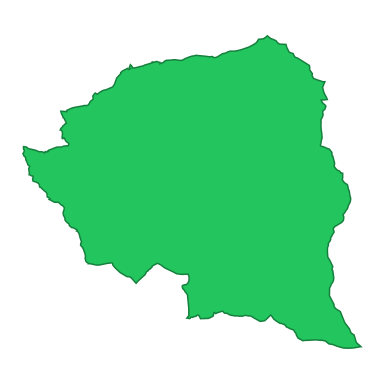 outline of Tigveni, Arges, Romania
{"feature_id": "2599482B38014929426493", "entity_name": "Tigveni", "entity_type": "district", "adm_level": 2, "iso_a3": "ROU", "parent_name": "Romania", "parent_adm1": "Arges", "projection": "natural_earth1", "projection_center": [24.538, 45.154], "detail": "fine", "context": "isolated", "style": "filled", "palette": "green", "viewbox_px": 384, "rotation_deg": 0, "n_neighbors": 0, "source": "geoboundaries", "source_scale": "gbopen_adm2", "svg_char_len": 5853}
<svg xmlns="http://www.w3.org/2000/svg" viewBox="0 0 384 384"><path d="M361.0,346.7L356.3,342.5L354.1,335.0L351.0,332.9L349.5,328.9L344.7,322.6L340.3,311.6L335.9,308.8L334.0,306.6L334.0,304.4L329.4,295.7L329.6,287.9L330.7,286.0L331.2,284.2L332.5,282.6L333.3,280.9L333.8,278.1L332.8,270.7L332.1,270.2L332.1,268.8L332.8,266.6L329.5,259.7L327.8,257.2L327.4,251.5L327.5,247.8L328.4,245.3L328.4,243.1L329.9,241.3L330.7,239.3L330.8,237.3L331.9,236.1L332.2,235.0L334.0,232.3L334.0,231.2L333.2,229.2L333.6,228.0L334.9,226.5L341.6,222.5L343.3,220.5L343.6,219.3L343.8,217.0L343.1,214.6L344.5,213.0L346.3,210.1L347.2,209.0L347.8,207.6L348.6,204.9L349.5,203.6L350.3,201.6L350.7,199.0L350.4,197.0L349.9,195.6L349.3,191.2L348.3,188.9L347.6,185.2L347.2,184.5L344.5,182.8L343.6,181.5L342.4,180.2L342.4,179.4L342.7,177.7L342.7,173.3L341.6,172.9L340.7,172.9L339.9,171.4L339.2,170.9L337.8,170.4L336.4,169.4L336.1,168.9L334.2,166.6L334.6,163.1L332.7,155.9L332.0,155.6L331.9,152.4L329.3,149.1L327.7,148.6L323.5,146.8L321.8,146.4L320.5,145.9L320.4,145.1L320.8,144.0L321.3,140.7L322.1,137.7L321.7,132.7L321.2,130.2L320.9,124.5L321.1,122.4L321.0,119.8L322.4,116.9L323.1,115.1L322.7,112.0L323.0,111.1L323.4,110.4L323.9,110.0L324.7,109.6L325.9,106.4L325.3,105.2L322.7,103.0L322.1,102.0L321.6,101.5L321.2,100.0L324.4,99.9L327.3,99.5L326.2,96.9L324.8,94.5L323.7,91.9L322.6,87.5L323.0,86.3L324.9,81.7L323.1,81.8L316.7,79.7L313.5,78.4L312.1,75.6L312.1,74.9L312.4,73.8L312.2,73.4L309.7,69.9L309.7,67.1L309.4,65.5L297.5,58.0L295.2,57.3L294.4,56.3L293.1,53.5L290.6,52.8L289.1,52.0L286.7,47.3L286.0,44.4L279.6,44.1L277.5,42.7L275.9,40.6L270.4,38.3L267.3,35.8L265.9,37.1L263.4,38.8L258.5,39.3L257.4,41.3L256.1,42.9L253.9,44.4L248.8,47.1L240.6,49.9L235.8,51.0L232.7,51.2L230.3,51.1L227.3,52.1L226.2,52.9L222.5,53.7L217.3,56.9L215.0,57.7L213.4,57.3L212.3,56.5L209.7,56.8L205.0,56.2L195.6,55.3L194.6,55.8L192.0,56.1L188.1,57.4L186.8,58.0L185.4,58.4L184.4,59.1L182.4,60.1L182.4,60.3L179.7,60.4L178.3,60.1L173.8,59.7L170.9,60.1L166.5,60.3L164.9,61.0L162.9,62.8L160.8,63.1L160.0,63.7L159.8,62.3L158.7,62.3L156.9,61.4L153.2,62.4L152.9,61.9L151.9,62.2L152.0,62.9L144.3,65.2L143.3,65.9L140.3,66.5L135.8,67.7L133.1,68.0L132.6,67.9L132.2,67.2L132.2,66.6L130.4,64.7L129.2,67.8L130.3,68.8L128.5,69.5L127.5,68.4L122.3,71.1L120.7,72.6L120.6,73.8L116.8,77.9L114.4,84.4L112.6,87.0L106.1,89.7L103.6,90.3L102.0,90.9L99.5,92.5L97.3,94.3L95.3,93.0L93.7,94.7L92.9,96.0L92.8,96.5L93.2,98.2L93.0,99.0L92.5,99.7L91.6,100.5L90.9,100.9L90.3,101.5L88.9,104.1L87.9,105.2L87.1,105.5L84.5,105.5L81.7,106.1L74.9,107.3L71.8,108.1L66.9,110.3L66.8,111.6L60.8,111.2L61.5,113.7L62.7,116.1L63.1,117.5L63.4,117.9L64.3,118.5L64.6,119.4L65.6,121.4L66.4,123.2L65.3,123.8L64.1,125.0L62.9,125.9L62.1,127.4L61.0,128.2L60.2,130.0L60.9,130.1L61.6,130.6L62.0,131.2L62.3,132.1L62.5,133.7L62.1,137.3L62.2,138.3L62.6,138.7L62.9,138.7L63.5,137.9L64.1,137.9L64.7,138.6L65.2,140.0L65.9,141.1L67.0,142.2L68.7,143.3L68.8,143.5L68.6,144.7L68.1,145.9L66.8,145.8L63.7,146.1L63.1,146.3L62.1,146.9L61.6,147.0L56.8,147.1L48.5,150.3L47.8,150.9L47.8,151.1L48.2,151.4L47.9,151.7L46.3,151.9L45.8,151.6L45.3,151.5L45.0,151.9L44.8,152.7L44.6,153.0L43.7,152.4L42.1,151.8L39.1,151.7L35.4,150.2L28.7,148.7L28.2,148.5L27.1,147.5L26.2,147.0L25.2,146.8L23.5,146.6L23.5,149.0L24.2,150.1L24.3,150.7L23.8,152.4L23.0,153.4L23.0,153.9L24.2,156.3L25.2,157.0L25.5,157.5L25.9,160.1L26.9,161.9L27.9,164.8L29.7,166.3L28.7,168.6L29.2,172.1L29.3,173.2L29.1,174.8L29.9,174.9L31.8,176.0L33.0,176.1L33.2,176.8L33.0,177.3L33.0,178.1L32.6,178.5L32.8,180.1L33.1,181.2L36.2,182.1L38.5,183.4L39.3,184.7L39.6,186.9L39.9,186.8L41.0,187.7L43.7,190.3L46.3,192.4L46.8,193.3L47.1,194.7L47.2,196.9L49.4,198.2L50.0,198.7L49.1,199.5L50.8,200.2L54.0,202.1L54.9,202.3L58.1,202.3L58.9,202.7L61.4,205.1L62.9,205.8L63.2,206.3L64.2,207.5L64.3,207.9L64.1,209.4L63.2,212.3L63.2,213.9L63.5,215.4L64.9,217.9L65.0,219.9L66.0,221.4L67.4,222.8L68.6,223.4L69.0,224.1L69.2,225.1L69.5,225.7L71.5,227.5L73.5,227.9L77.3,230.0L77.0,230.6L76.6,231.0L77.5,231.4L77.9,231.8L78.6,232.8L79.2,234.1L80.1,237.9L81.5,241.8L80.7,243.6L80.6,245.3L80.9,245.7L81.8,246.5L83.3,248.9L85.1,254.1L85.5,256.1L85.2,257.8L85.2,258.5L85.8,261.1L86.5,262.0L88.4,263.4L88.3,263.7L90.0,263.7L96.1,265.0L98.2,265.1L99.9,264.9L107.2,263.4L111.2,262.9L112.0,262.9L112.5,263.4L112.9,265.1L114.0,266.5L115.9,268.6L120.2,272.6L126.9,276.6L128.8,276.7L130.7,277.3L132.3,279.0L136.1,283.3L138.2,280.9L145.2,274.5L146.4,271.9L148.2,270.7L148.6,269.8L149.9,269.2L152.2,266.8L152.4,265.9L157.5,263.3L160.1,264.5L161.9,265.7L164.4,267.7L174.4,272.5L176.5,273.7L181.6,274.4L187.9,274.1L189.0,276.3L189.1,277.9L188.9,281.2L187.7,283.3L186.5,284.5L184.1,284.9L182.5,285.5L182.2,286.7L182.5,287.9L183.1,289.1L184.1,289.9L184.8,291.3L186.5,293.3L187.5,295.0L188.8,308.6L188.8,315.5L186.9,318.1L188.2,318.1L188.8,318.5L189.6,318.6L190.4,318.1L190.9,317.2L192.1,317.3L193.5,317.0L194.3,316.6L196.0,316.3L196.8,315.5L198.0,315.0L198.5,315.3L199.2,316.0L200.5,318.7L208.4,318.4L210.1,317.7L213.0,316.2L213.4,315.7L213.3,314.6L213.8,313.9L213.8,312.8L214.4,312.4L215.8,313.6L217.2,312.8L220.5,311.8L221.6,311.3L222.9,311.4L224.4,313.1L226.5,313.3L227.8,313.6L228.3,314.2L229.2,314.6L231.3,315.4L232.6,315.4L234.2,315.9L238.0,315.9L239.3,316.2L240.6,316.1L241.9,316.3L245.1,315.4L246.1,315.4L248.4,316.0L250.7,315.9L253.5,317.7L260.1,321.4L263.0,321.0L264.8,320.7L267.4,318.3L270.7,315.0L272.1,316.6L273.7,319.0L276.5,321.2L279.9,323.3L281.4,323.4L283.5,324.4L284.2,324.3L285.8,325.9L286.1,326.7L290.7,329.0L293.6,329.9L294.5,331.7L295.5,332.7L296.1,333.9L296.4,335.1L298.1,338.2L300.0,339.2L300.5,339.2L302.5,340.7L306.2,340.3L309.1,340.3L310.5,340.1L316.2,339.9L320.3,340.3L322.8,340.3L323.3,340.6L325.4,341.0L328.9,343.9L332.7,344.5L337.4,346.3L343.3,348.0L348.1,348.2L352.9,348.0L361.0,346.7Z" fill="#22c55e" stroke="#15803d" stroke-width="1.5"/></svg>